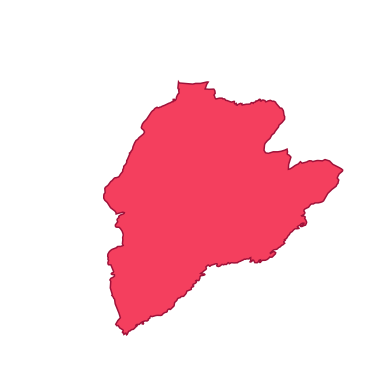 the district of Guavatá, Santander, Colombia, rotated 236°
{"feature_id": "7082276B43213471639741", "entity_name": "Guavatá", "entity_type": "district", "adm_level": 2, "iso_a3": "COL", "parent_name": "Colombia", "parent_adm1": "Santander", "projection": "equal_earth", "projection_center": [-73.726, 5.947], "detail": "fine", "context": "isolated", "style": "filled", "palette": "rose", "viewbox_px": 384, "rotation_deg": 236, "n_neighbors": 0, "source": "geoboundaries", "source_scale": "gbopen_adm2", "svg_char_len": 6051}
<svg xmlns="http://www.w3.org/2000/svg" viewBox="0 0 384 384"><g transform="rotate(236 192 192)"><path d="M94.0,216.5L94.1,218.4L94.6,220.1L93.8,220.9L93.2,222.2L94.1,226.6L95.0,227.5L96.3,226.9L97.2,225.9L97.2,222.7L97.7,222.8L98.3,226.2L98.3,227.5L97.1,230.4L97.2,231.6L97.5,232.7L97.2,234.4L97.7,236.7L97.4,237.5L97.7,240.2L99.1,240.0L99.6,240.4L99.8,242.2L100.8,242.1L100.6,244.3L102.2,247.7L102.2,248.8L103.0,250.0L103.3,251.4L103.2,252.8L103.8,255.1L103.9,256.6L103.6,257.6L102.9,258.3L102.0,260.3L102.5,260.4L103.8,259.8L104.4,260.1L104.2,263.7L104.5,264.1L104.6,265.0L104.2,266.6L103.5,267.4L103.1,266.9L102.9,265.7L103.0,263.1L102.7,262.9L102.3,263.2L101.8,264.2L101.6,265.8L101.1,267.6L102.0,269.2L102.9,270.2L105.4,270.7L107.0,270.6L107.5,271.4L108.2,271.9L109.8,271.1L110.6,269.7L111.0,269.6L110.8,271.6L111.1,273.4L111.9,274.1L113.7,274.1L114.6,275.1L114.8,276.3L114.2,280.1L115.3,283.2L115.3,284.2L114.2,286.1L114.2,287.4L113.8,288.5L112.5,290.4L111.5,292.9L111.1,294.5L111.1,296.1L114.9,303.8L115.9,309.4L116.2,314.7L117.2,316.3L117.7,318.1L118.3,318.5L119.9,320.4L122.3,320.2L123.0,321.0L124.7,324.1L125.2,328.4L125.9,329.2L127.4,328.9L129.7,327.8L136.2,324.2L140.8,323.4L144.5,320.4L144.9,317.5L147.7,314.0L148.3,312.9L149.7,309.1L151.1,308.3L152.2,306.9L152.6,305.5L152.7,304.0L154.3,299.4L156.5,298.8L155.8,295.9L156.3,292.5L156.2,288.2L156.3,286.3L156.9,284.6L160.8,287.5L165.6,293.5L168.0,293.2L169.9,292.2L170.8,292.6L171.8,293.6L174.4,294.8L174.8,292.4L175.9,288.7L177.4,285.5L179.9,281.8L181.3,277.0L183.1,275.1L183.9,274.9L186.3,275.0L190.5,278.5L191.4,279.7L192.4,283.2L192.8,286.6L194.6,289.9L194.9,293.2L195.8,294.8L197.5,300.0L198.8,301.5L199.3,305.5L200.5,309.4L202.7,311.0L204.2,311.2L208.1,313.1L210.1,313.3L211.3,313.2L212.3,312.0L218.4,311.3L219.8,311.5L221.6,310.6L222.0,309.6L224.2,308.2L225.0,306.0L225.2,304.4L225.6,303.5L227.0,303.6L228.6,302.3L228.9,301.4L228.7,300.7L228.8,300.0L229.2,299.7L230.4,300.4L230.9,300.1L231.2,299.6L231.2,299.1L230.7,298.7L231.1,297.6L231.1,296.4L231.7,296.1L231.6,295.5L231.2,295.0L231.7,293.0L231.3,292.4L232.6,291.7L232.9,291.1L232.5,289.1L234.4,286.1L236.1,282.2L236.7,282.2L237.4,282.8L238.0,281.9L238.4,281.7L238.9,278.8L238.6,278.1L239.5,277.4L240.7,278.2L241.2,276.8L241.7,276.7L243.4,277.8L243.8,277.2L244.4,275.1L245.3,274.3L248.4,272.1L249.2,271.2L250.9,271.1L252.1,269.6L252.9,269.5L254.6,267.0L255.7,263.9L257.5,263.7L258.8,264.3L259.8,264.3L260.3,264.8L260.8,266.3L261.2,266.3L261.7,266.9L263.5,267.6L265.1,267.6L267.7,263.4L270.1,260.5L273.1,264.5L274.1,266.9L274.5,266.5L275.1,265.3L277.3,259.7L280.0,255.7L281.0,253.0L289.5,242.4L290.8,242.4L286.0,238.4L285.0,238.3L284.4,238.8L283.8,237.9L281.3,236.6L280.9,234.8L279.3,232.2L278.1,231.1L277.3,229.4L277.5,228.6L278.8,229.1L279.3,228.2L277.5,226.9L278.0,225.8L278.1,223.8L278.5,222.5L279.2,217.7L279.8,215.2L279.8,214.0L280.3,212.7L280.4,211.5L280.8,210.9L281.8,210.4L282.0,208.2L281.7,206.8L281.3,206.0L281.4,204.7L281.0,203.0L277.7,195.1L276.9,191.0L276.0,188.8L273.9,186.1L272.9,185.8L270.1,186.5L268.2,186.1L267.2,184.1L266.7,178.5L266.0,176.5L266.0,174.4L264.8,171.9L262.5,168.4L261.0,166.9L260.4,166.0L259.8,164.1L259.4,163.8L259.2,161.9L258.6,162.0L255.1,156.7L254.6,155.5L252.9,154.2L252.0,152.3L251.5,149.8L250.1,148.7L249.1,147.0L247.8,146.1L246.8,142.8L245.6,140.2L245.6,139.2L246.3,137.0L246.8,136.3L246.9,135.2L246.1,131.9L246.1,130.5L244.5,126.1L244.3,122.8L243.7,121.7L240.0,119.6L239.5,118.0L238.8,117.2L236.3,115.4L234.0,115.1L230.6,115.9L224.5,115.7L219.4,117.4L217.6,117.5L216.2,116.8L214.0,123.3L212.7,124.4L212.2,123.8L212.3,122.2L212.9,119.9L212.9,118.3L212.7,117.6L211.7,117.1L211.6,115.5L210.9,114.3L208.8,113.7L207.6,110.1L206.6,109.4L205.3,109.5L203.5,111.8L201.8,112.2L198.7,112.2L195.6,111.4L194.5,110.7L193.0,109.0L191.0,107.9L188.1,105.4L186.2,105.1L186.7,102.5L188.3,100.1L188.4,99.2L188.0,98.6L189.1,93.7L189.1,92.1L188.8,90.2L188.1,88.7L187.5,87.5L186.3,86.5L185.4,85.9L184.6,86.0L183.3,84.7L182.1,84.7L180.3,82.6L179.1,82.1L178.4,82.1L176.9,84.0L169.8,82.5L169.3,81.7L169.7,80.3L169.3,79.3L168.4,79.5L166.8,81.4L165.6,80.7L165.4,79.2L165.8,76.4L165.0,74.8L163.4,74.7L158.1,70.6L151.6,68.6L151.1,67.7L149.7,68.0L147.4,67.7L146.5,67.9L142.2,65.8L132.3,63.7L127.8,62.3L126.9,58.7L125.0,54.8L123.2,54.9L122.6,56.1L119.6,56.1L116.4,57.6L115.5,57.5L114.7,55.9L114.1,55.8L113.5,56.5L112.0,55.9L112.0,58.2L110.2,57.9L110.2,58.6L111.6,60.9L111.9,62.0L111.5,63.0L111.7,64.9L111.0,66.5L111.1,68.0L111.6,69.6L111.6,70.9L111.9,71.7L112.4,70.8L112.9,70.9L113.0,72.3L111.8,74.2L112.2,77.1L112.1,78.0L110.5,77.0L109.8,77.7L110.2,78.4L111.7,78.7L111.8,79.5L111.4,81.0L110.2,82.6L110.2,83.5L110.3,84.2L110.9,84.5L111.1,85.2L110.9,86.3L111.7,87.0L112.1,88.5L111.0,89.2L109.8,93.0L109.0,94.5L107.1,97.1L106.8,98.1L107.3,100.1L107.3,102.0L106.7,103.6L106.7,104.5L107.6,105.3L108.0,106.7L107.8,107.8L107.0,108.0L106.7,108.5L107.6,113.4L110.1,115.8L110.6,118.7L111.5,120.2L111.7,121.1L111.0,123.3L111.4,124.6L110.2,126.7L110.9,129.5L111.5,130.8L112.7,132.3L111.7,136.7L111.9,137.2L112.9,137.7L113.2,138.5L112.8,139.9L113.1,140.8L114.1,140.5L114.8,141.2L114.5,143.5L114.6,144.7L115.1,145.5L116.3,145.5L116.3,146.4L115.0,147.7L114.8,148.3L116.2,150.4L117.2,151.1L117.7,152.3L116.4,155.2L116.3,156.4L117.1,156.5L118.7,154.2L119.7,153.6L119.6,156.2L119.9,157.2L120.0,160.3L120.5,161.1L122.1,161.6L122.5,164.1L122.1,164.9L120.7,165.0L120.4,165.5L120.6,166.8L119.2,171.6L118.5,172.6L117.8,172.4L117.1,171.3L116.6,171.3L115.6,172.0L115.2,172.8L115.0,173.6L115.2,176.4L113.9,177.6L113.9,178.4L112.7,180.0L113.2,182.5L112.6,182.9L111.7,182.8L111.5,183.9L111.6,184.6L111.1,185.5L109.7,187.2L107.9,190.2L108.1,191.4L107.4,193.9L107.6,194.5L107.1,195.8L107.1,197.7L106.3,198.8L106.0,200.0L104.7,201.7L105.0,203.2L104.8,204.0L103.2,202.8L102.4,202.7L101.7,201.1L101.1,201.6L101.1,203.1L101.6,204.3L101.0,204.9L98.3,204.6L96.9,206.5L96.9,207.4L97.9,209.6L97.5,210.8L96.9,210.2L96.4,208.8L95.7,208.8L95.4,209.4L96.0,210.9L95.9,212.3L94.4,214.6L94.0,216.5Z" fill="#f43f5e" stroke="#9f1239" stroke-width="1.5"/></g></svg>